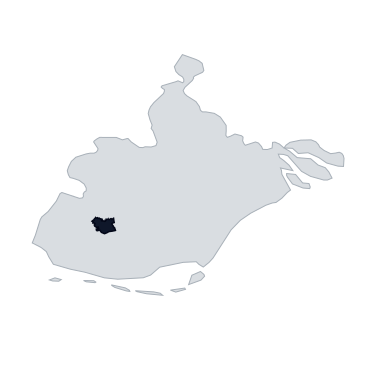 location of Westerveld, Drenthe, Netherlands, rotated 198°
{"feature_id": "6326949B14742340230045", "entity_name": "Westerveld", "entity_type": "district", "adm_level": 2, "iso_a3": "NLD", "parent_name": "Netherlands", "parent_adm1": "Drenthe", "projection": "equal_earth", "projection_center": [6.318, 52.828], "detail": "fine", "context": "in_parent", "style": "filled", "palette": "ink", "viewbox_px": 384, "rotation_deg": 198, "n_neighbors": 0, "source": "geoboundaries", "source_scale": "gbopen_adm2", "svg_char_len": 5433}
<svg xmlns="http://www.w3.org/2000/svg" viewBox="0 0 384 384"><g transform="rotate(198 192 192)"><path d="M243.6,319.7L236.3,319.5L229.5,319.3L225.9,318.9L222.1,317.5L220.4,314.7L218.3,311.3L218.9,309.2L225.2,303.3L226.2,301.6L225.6,300.7L226.2,298.1L231.1,289.3L231.8,285.8L229.6,283.3L226.4,281.8L216.2,279.2L211.4,275.6L209.2,272.3L206.9,271.4L203.5,272.5L195.1,273.7L188.2,272.0L180.1,265.9L178.3,260.5L177.3,256.3L175.3,254.9L172.6,257.0L169.1,260.4L162.3,260.8L160.4,260.0L160.0,258.2L159.7,256.4L157.8,254.2L155.8,252.9L147.1,259.2L143.9,259.1L139.9,256.7L137.9,254.4L133.4,255.7L129.4,258.6L130.7,264.1L128.5,265.1L123.6,264.6L118.1,262.3L111.9,261.0L102.6,257.2L89.4,260.3L80.4,256.6L72.8,256.3L68.1,253.4L63.1,248.5L66.8,245.3L70.3,244.1L84.2,243.5L94.2,245.5L112.2,256.1L116.7,256.0L121.6,254.7L119.2,251.8L114.7,250.4L108.0,247.5L102.7,243.5L115.3,242.2L113.6,240.2L112.0,236.6L98.9,224.3L101.2,221.0L104.6,213.9L108.9,208.0L112.2,206.4L117.7,202.2L129.7,189.9L137.3,180.0L143.1,168.1L151.6,135.7L154.1,130.2L158.1,124.1L163.0,125.3L166.4,127.0L178.6,122.4L199.5,110.5L205.7,100.2L211.8,95.4L235.7,86.1L248.8,83.3L269.2,82.6L283.8,81.0L301.5,80.4L308.2,86.1L312.1,90.3L318.4,92.6L328.2,94.2L327.6,102.6L327.8,119.0L327.1,122.0L322.8,128.9L318.2,141.4L317.0,149.7L315.6,151.3L297.0,151.2L294.3,152.6L293.9,154.4L294.9,156.6L294.4,158.7L293.0,160.4L293.8,163.1L297.0,166.2L302.9,168.2L309.2,168.3L312.5,168.0L314.9,170.2L317.2,173.7L317.1,178.0L316.2,183.8L313.2,189.2L304.6,195.4L300.8,197.5L297.1,198.7L295.4,200.3L294.6,202.4L294.8,204.2L301.0,209.2L300.8,210.3L299.0,212.9L296.7,215.4L280.8,220.5L274.3,220.1L270.5,222.6L269.4,223.1L265.2,220.8L256.0,218.1L252.5,219.0L250.6,220.5L244.7,222.2L240.6,225.0L240.5,228.6L247.9,238.0L250.5,239.8L250.6,243.3L254.2,247.6L257.9,253.1L258.2,256.6L257.8,260.2L255.9,265.2L249.5,276.9L249.4,279.2L249.9,280.9L252.1,281.4L253.8,282.3L253.3,283.8L241.3,292.0L239.7,293.4L234.7,293.0L233.9,294.4L234.6,296.6L236.5,298.5L240.8,299.6L244.5,301.6L247.5,305.7L243.6,319.7ZM118.1,262.3L117.0,265.7L114.2,269.5L104.7,274.9L94.8,278.4L89.7,278.0L86.3,276.1L84.5,274.2L79.2,272.3L72.0,271.3L67.5,273.4L64.3,275.3L61.5,275.0L59.4,273.4L57.8,270.9L55.8,263.1L61.2,261.7L72.9,261.2L81.9,263.9L93.7,265.2L102.8,261.5L109.9,264.6L118.1,262.3ZM98.9,230.7L105.8,235.6L107.2,237.1L107.7,238.8L98.9,240.7L89.6,234.8L83.4,236.2L81.1,233.3L81.1,231.6L87.6,230.1L98.9,230.7ZM166.4,112.8L159.4,119.0L155.2,117.3L154.0,115.8L156.2,111.0L166.6,102.9L166.4,112.8ZM197.4,85.2L190.9,85.9L188.0,84.7L203.7,81.2L213.6,80.2L215.4,80.6L197.4,85.2ZM239.6,78.8L225.8,80.2L221.2,79.2L220.4,78.2L224.1,77.6L235.9,77.4L239.5,78.3L239.6,78.8ZM182.2,92.0L169.2,98.4L168.1,97.4L176.5,91.8L182.2,92.0ZM295.8,68.0L289.3,68.3L291.1,66.0L297.1,64.3L300.4,64.3L295.8,68.0ZM267.8,74.3L258.0,77.3L255.6,76.6L256.2,75.8L264.8,73.9L267.8,74.3Z" fill="#d9dde1" stroke="#a8b0b8" stroke-width="1"/><path d="M261.8,125.7L261.6,125.9L261.6,126.1L260.7,126.6L259.4,128.0L258.9,128.6L258.3,128.9L257.9,129.1L256.0,130.0L253.0,131.7L252.9,131.8L253.4,132.4L253.5,132.7L253.8,132.9L253.9,133.0L254.0,133.1L254.3,133.4L254.4,133.5L254.5,133.6L255.1,134.0L254.9,134.1L255.5,134.4L256.4,135.3L256.5,135.2L256.8,135.4L256.9,135.5L258.5,137.1L258.0,137.8L257.0,138.6L256.5,138.9L256.5,139.0L256.8,139.4L257.3,140.3L257.9,141.5L258.0,141.8L258.4,142.6L258.5,142.8L258.6,142.7L259.7,141.1L259.8,141.2L260.6,141.7L260.9,141.6L261.0,141.5L261.1,141.4L261.3,141.0L261.4,140.9L261.5,140.8L261.6,140.7L261.8,140.6L261.9,140.4L262.0,140.3L262.3,140.3L262.6,140.3L262.8,140.3L263.0,140.3L263.1,140.2L263.2,140.3L263.2,140.2L263.3,140.2L263.5,140.1L263.8,140.0L264.0,139.9L264.3,139.8L264.5,139.7L265.2,139.6L265.3,139.6L265.3,139.4L265.3,139.2L265.2,139.0L265.1,138.8L265.1,138.7L265.0,138.4L265.3,138.2L265.4,137.9L265.5,137.9L265.4,137.8L265.4,137.7L265.5,137.7L265.5,137.4L265.8,137.3L265.9,137.1L266.0,137.1L266.5,137.0L266.9,137.0L267.2,136.9L267.5,136.9L267.8,136.8L268.1,136.7L268.3,136.7L269.2,136.7L269.3,137.0L269.2,137.0L269.0,137.3L268.5,137.5L268.8,137.6L269.0,137.6L269.2,137.8L269.0,138.0L268.9,138.0L269.0,138.1L269.3,138.4L269.5,138.2L269.8,138.1L270.0,138.2L270.3,138.3L270.5,138.3L270.7,138.2L270.9,137.9L271.5,138.3L271.9,138.4L272.0,138.5L272.3,138.4L272.5,138.3L272.7,138.1L273.0,137.9L273.2,137.7L273.3,137.7L273.5,137.7L273.6,137.8L273.6,138.2L273.8,138.2L273.9,138.3L274.0,138.2L274.4,138.1L274.5,138.0L274.7,137.9L274.6,137.7L274.8,137.4L275.0,137.3L275.8,137.8L275.8,137.7L275.9,137.4L276.0,137.2L276.4,136.5L276.4,136.4L276.5,136.3L276.5,136.2L276.6,135.8L276.6,135.6L276.7,135.4L276.6,135.2L276.8,135.2L277.0,135.0L277.2,134.7L277.5,134.2L277.7,133.8L277.9,133.6L278.1,133.3L277.8,133.2L277.4,133.2L277.2,133.2L276.9,133.2L276.7,132.6L276.8,132.5L276.8,132.3L276.7,131.9L276.5,132.0L276.4,132.0L276.2,132.1L275.4,132.2L275.2,132.2L274.9,132.1L274.6,132.1L274.6,131.9L274.5,131.7L274.9,131.6L274.6,130.6L274.7,130.4L274.5,130.1L274.4,130.2L273.9,129.7L274.0,129.6L273.8,129.4L272.3,129.0L271.8,128.8L271.2,128.7L271.0,128.9L270.9,128.9L270.8,129.0L270.7,129.1L270.6,129.3L270.5,129.6L270.5,129.8L270.3,129.8L270.1,129.4L270.6,128.6L269.6,128.3L270.1,127.5L270.3,127.5L270.4,127.4L270.5,127.4L270.7,127.2L270.8,127.1L271.0,127.1L270.9,127.0L271.1,126.7L271.3,126.8L271.4,126.6L271.4,126.4L270.3,125.8L267.9,127.2L265.7,125.6L264.3,125.5L262.4,125.3L261.8,125.7Z" fill="#0f172a" stroke="#020617" stroke-width="1.5"/></g></svg>